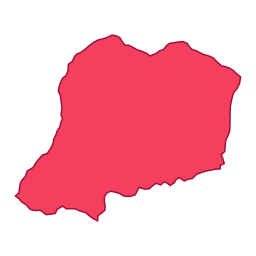 outline of Pontalinda, São Paulo, Brazil
{"feature_id": "56859067B7961843584792", "entity_name": "Pontalinda", "entity_type": "district", "adm_level": 2, "iso_a3": "BRA", "parent_name": "Brazil", "parent_adm1": "São Paulo", "projection": "albers", "projection_center": [-50.529, -20.453], "detail": "fine", "context": "isolated", "style": "filled", "palette": "rose", "viewbox_px": 256, "rotation_deg": 0, "n_neighbors": 0, "source": "geoboundaries", "source_scale": "gbopen_adm2", "svg_char_len": 1815}
<svg xmlns="http://www.w3.org/2000/svg" viewBox="0 0 256 256"><path d="M97.5,220.8L98.1,215.6L101.7,213.0L104.9,210.2L105.1,205.7L104.4,201.4L104.4,196.8L106.8,193.0L110.6,191.2L115.3,192.2L119.6,193.5L123.4,195.9L127.7,196.5L131.1,196.2L135.3,194.7L137.3,190.7L139.3,187.4L144.4,189.1L149.2,188.8L152.8,185.6L156.1,183.3L160.7,184.9L164.3,181.8L167.4,183.3L170.2,185.5L174.2,182.8L176.2,179.5L179.3,177.6L184.3,181.0L187.9,179.3L192.4,178.5L196.6,174.3L201.0,172.6L206.1,171.0L210.7,170.2L215.3,169.2L220.1,168.9L220.5,165.2L224.2,163.6L222.9,158.8L221.1,154.8L224.7,151.5L225.2,146.2L225.8,140.1L227.4,137.0L229.6,131.4L230.0,123.9L230.0,117.9L230.1,112.2L230.3,106.5L231.2,101.7L232.3,97.0L233.6,92.8L237.0,88.6L239.5,83.6L240.6,77.0L236.3,73.5L233.6,70.8L229.8,68.3L225.6,66.7L221.3,65.7L216.6,61.4L212.9,57.7L208.1,55.7L203.2,54.4L196.9,51.1L191.6,49.2L189.2,46.5L187.3,43.4L183.1,41.6L177.7,42.0L173.3,42.9L169.3,43.4L166.6,45.6L163.6,49.3L159.4,51.0L155.7,53.7L149.8,55.9L147.1,53.6L142.2,51.4L137.3,49.8L132.6,47.2L129.0,45.3L124.9,45.1L121.9,41.2L119.8,37.6L115.6,35.6L111.8,35.2L108.0,37.1L104.2,38.5L98.3,39.9L93.9,42.2L89.7,45.3L85.9,48.6L80.4,52.8L77.1,53.8L74.4,56.7L72.1,61.7L68.4,64.2L68.0,70.6L66.0,75.6L62.7,78.1L60.6,82.1L59.2,86.4L58.4,91.2L60.4,95.7L61.1,101.1L62.0,107.7L61.5,111.5L61.0,115.1L62.5,118.6L60.9,122.4L59.9,126.7L57.2,130.9L56.1,134.5L54.0,138.3L53.0,143.4L50.8,148.2L47.1,153.6L42.5,155.0L39.4,158.5L36.2,162.3L33.3,167.3L27.2,171.0L25.4,176.4L22.5,179.5L20.4,182.9L19.7,187.0L18.9,192.8L15.4,195.9L19.5,199.2L21.6,201.9L26.2,204.8L30.2,209.4L35.0,210.6L40.2,210.2L46.0,214.6L50.5,214.2L55.2,213.5L57.2,209.3L62.6,206.1L66.2,208.8L71.8,208.7L75.8,209.0L78.9,210.6L82.3,211.7L85.9,212.7L88.5,215.2L92.7,218.3L97.5,220.8Z" fill="#f43f5e" stroke="#9f1239" stroke-width="1.5"/></svg>